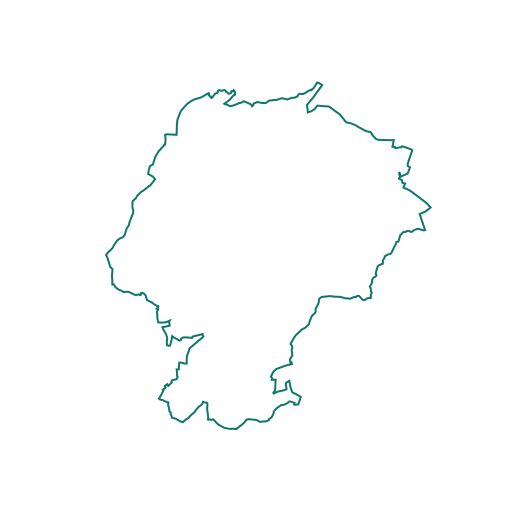 the district of Hoparta, Alba, Romania, rotated 298°
{"feature_id": "2599482B78204466133133", "entity_name": "Hoparta", "entity_type": "district", "adm_level": 2, "iso_a3": "ROU", "parent_name": "Romania", "parent_adm1": "Alba", "projection": "natural_earth1", "projection_center": [23.904, 46.328], "detail": "fine", "context": "isolated", "style": "outline", "palette": "teal", "viewbox_px": 512, "rotation_deg": 298, "n_neighbors": 0, "source": "geoboundaries", "source_scale": "gbopen_adm2", "svg_char_len": 6118}
<svg xmlns="http://www.w3.org/2000/svg" viewBox="0 0 512 512"><g transform="rotate(298 256 256)"><path d="M418.0,288.6L417.9,287.0L418.2,281.3L417.8,279.9L417.9,278.4L417.3,275.8L416.6,274.0L416.6,272.2L417.0,271.7L417.0,271.1L418.4,268.4L419.4,265.6L420.4,263.7L421.1,258.1L422.2,251.2L422.1,250.0L417.5,239.5L413.1,238.8L409.8,236.9L407.2,234.4L413.3,230.1L422.2,232.0L438.0,234.2L438.2,229.8L437.9,228.5L431.0,228.1L430.2,227.4L428.3,227.1L428.2,226.1L426.0,224.5L423.8,223.5L421.2,221.5L419.6,218.3L418.3,217.6L416.1,217.5L413.6,215.4L412.5,213.3L409.0,210.3L407.5,204.8L402.9,200.3L402.4,199.3L402.3,198.5L400.9,197.2L399.9,195.2L398.4,194.1L395.6,192.8L394.2,190.2L392.5,184.8L389.7,182.5L386.5,182.5L386.3,182.3L387.3,180.8L387.5,179.7L386.9,172.4L385.5,171.9L383.5,170.0L383.2,169.2L382.3,168.8L378.8,165.9L377.0,163.9L376.0,162.2L376.1,160.3L375.6,156.6L381.3,159.4L386.4,160.5L387.6,161.0L388.3,161.7L389.0,161.6L389.5,161.0L390.3,161.0L390.9,160.5L391.0,159.6L391.7,159.1L392.0,158.5L390.4,158.0L390.4,157.3L389.9,156.9L388.7,157.3L387.8,157.3L387.4,157.0L386.9,156.0L386.4,155.6L387.0,153.1L386.9,152.3L387.7,151.4L387.7,150.2L385.7,148.0L385.4,147.4L385.3,146.0L385.1,145.5L383.8,144.8L382.6,145.4L381.5,145.0L380.2,143.7L375.2,142.9L374.7,142.6L374.8,142.2L375.6,141.7L375.1,140.7L375.9,139.4L375.9,139.0L376.3,139.0L377.6,137.8L377.4,137.6L370.0,132.9L365.3,128.0L361.8,125.7L357.6,123.7L350.3,121.9L348.2,121.6L339.3,122.7L334.2,124.8L325.7,129.0L321.7,120.3L320.3,118.8L316.8,121.3L311.8,123.4L311.5,122.9L310.1,122.8L302.9,120.9L296.3,120.5L288.8,121.9L288.2,121.9L285.8,120.3L285.2,120.2L281.4,121.0L277.8,122.3L277.7,127.6L276.5,130.7L276.0,130.8L268.5,129.5L267.7,128.7L263.3,127.0L258.0,124.2L253.8,122.9L250.2,122.7L246.7,121.4L245.3,121.8L240.9,124.1L238.5,126.2L236.5,127.3L226.7,128.4L223.6,129.3L219.6,128.9L212.9,130.2L209.9,129.6L208.1,127.9L205.7,126.6L203.6,126.0L199.1,125.6L195.9,125.6L192.9,124.8L190.0,123.7L186.5,123.2L184.2,126.3L183.5,126.8L178.0,132.5L177.7,132.8L177.4,134.5L176.8,135.6L170.9,138.1L167.0,140.6L163.4,142.5L164.1,143.7L163.7,144.7L162.8,145.8L162.1,148.6L161.8,150.8L162.3,154.0L162.0,155.0L162.0,156.2L164.1,159.2L164.5,160.3L164.8,166.5L165.0,167.8L165.4,168.8L166.3,169.5L167.1,170.5L167.0,172.0L167.4,172.4L167.9,172.5L168.9,172.0L169.4,172.0L170.0,172.9L170.3,174.4L169.3,177.1L166.1,180.3L165.9,180.8L166.1,185.9L165.5,189.0L165.4,192.1L165.9,192.9L165.6,193.5L164.7,193.6L162.8,193.1L163.0,194.7L160.4,194.7L159.6,195.0L157.2,196.9L155.9,197.3L154.4,198.4L151.5,200.8L152.8,203.8L154.7,206.9L156.0,208.3L158.4,210.1L157.8,210.1L156.3,210.8L153.9,212.5L149.2,206.8L147.9,208.2L144.8,213.1L142.6,215.5L141.7,216.2L137.9,217.7L135.5,219.4L135.7,221.0L136.6,222.2L142.0,220.9L145.9,219.6L145.5,221.7L145.5,228.2L145.9,228.7L146.7,229.1L148.0,228.7L150.0,230.1L151.8,233.4L153.4,237.4L154.0,238.2L155.1,237.8L162.0,245.6L160.9,246.2L160.3,247.2L159.4,247.2L144.6,241.2L142.9,240.7L141.7,241.1L135.3,242.0L133.3,242.8L128.5,245.3L127.3,242.9L126.7,239.6L125.7,238.3L119.6,241.0L118.6,239.2L114.7,241.8L113.2,242.5L112.4,243.6L110.5,243.7L109.7,243.5L107.2,240.6L106.4,240.1L105.4,240.3L104.7,241.0L100.1,239.5L101.2,237.9L98.3,236.5L97.2,238.0L94.2,236.5L93.7,237.4L88.1,237.5L84.4,237.3L84.3,239.0L85.0,241.2L85.1,245.1L85.6,247.3L82.5,248.8L81.2,250.4L78.3,252.4L78.0,252.9L78.0,253.6L77.8,254.0L76.1,255.1L75.2,256.5L73.8,257.5L74.7,261.7L74.4,266.3L74.7,269.3L78.4,270.7L81.1,272.3L85.3,273.4L88.7,274.9L93.6,275.6L96.0,276.2L98.6,277.6L100.2,277.9L102.5,277.7L102.5,279.2L103.3,281.3L103.1,282.2L101.1,283.3L98.4,284.4L92.2,288.8L90.0,290.1L89.1,290.2L89.0,290.4L90.0,292.0L90.2,293.2L91.5,294.7L91.7,295.1L89.8,300.4L89.5,301.9L89.4,307.4L89.5,309.0L90.4,312.1L91.4,314.9L92.5,316.2L94.0,320.1L95.1,320.2L99.1,322.2L103.5,323.9L107.1,324.4L108.7,326.6L111.2,332.7L111.5,334.2L111.4,337.4L113.6,340.5L114.1,341.8L116.9,344.4L117.9,344.0L120.7,345.5L125.1,345.5L126.8,344.7L131.1,345.6L136.1,348.2L137.6,350.3L139.0,351.5L141.1,353.0L142.0,353.1L143.2,353.8L143.7,354.5L144.4,358.9L143.0,359.2L142.7,359.6L143.0,360.3L144.9,363.0L152.6,361.7L152.8,355.1L152.7,352.9L152.8,351.8L156.8,347.6L161.4,344.1L160.4,343.3L157.9,342.0L155.6,343.4L153.0,345.4L152.5,345.5L149.3,342.3L146.7,339.1L142.9,336.2L143.1,335.7L143.6,335.5L145.7,335.8L147.6,335.4L156.0,331.4L154.1,328.1L155.5,327.8L156.5,325.8L162.2,325.7L165.7,326.9L173.7,334.2L177.4,338.4L178.8,337.2L178.2,336.3L180.6,334.5L182.8,334.5L185.1,334.9L189.9,331.5L191.7,331.3L193.1,330.4L194.0,329.3L194.2,328.1L195.7,327.8L201.6,327.9L206.0,328.6L206.4,329.0L212.7,331.0L215.6,333.1L220.1,334.7L221.6,334.5L223.8,334.0L228.7,333.5L230.3,333.7L233.0,334.8L234.3,334.9L235.3,334.6L236.9,333.5L243.4,333.4L245.3,332.9L247.0,332.0L248.3,332.1L249.4,332.5L250.9,333.5L255.4,340.3L257.5,345.6L259.5,349.5L260.5,354.3L262.3,358.7L262.8,359.5L265.5,361.5L266.5,363.1L267.3,363.8L268.2,364.1L269.1,365.7L267.4,370.8L268.0,372.5L269.0,373.2L270.5,373.8L272.3,375.8L272.7,377.1L275.2,375.9L278.1,375.3L278.6,374.3L281.5,372.3L282.5,370.8L284.4,371.1L287.1,370.9L289.3,369.8L290.9,369.7L292.3,369.9L293.5,371.0L295.4,371.5L296.8,370.0L297.5,369.7L302.6,368.5L304.6,368.5L305.2,368.8L307.5,370.4L308.7,371.6L311.7,370.1L315.2,370.3L316.1,369.8L319.2,371.7L320.9,373.6L321.9,374.1L328.5,373.8L331.6,373.9L334.4,373.4L335.5,374.9L336.0,374.9L342.4,373.6L343.8,374.3L345.0,374.3L346.8,375.2L346.9,376.3L348.7,377.5L349.6,378.4L350.3,382.2L353.0,383.4L355.6,385.5L356.5,387.3L356.9,390.7L357.2,391.7L358.2,393.2L369.9,380.8L374.6,384.6L380.8,387.4L382.6,382.4L383.1,380.1L385.7,363.8L386.1,360.5L385.6,354.1L390.0,353.6L389.4,350.8L390.0,350.5L391.5,349.1L391.4,346.1L391.7,345.8L393.4,346.1L396.4,343.4L396.9,343.7L394.1,346.6L400.0,351.2L406.5,350.4L406.8,347.8L407.4,347.1L411.1,346.2L422.8,344.3L422.9,342.3L421.7,334.1L420.9,333.1L420.2,333.2L417.8,329.7L416.6,328.5L416.9,328.0L417.4,327.7L417.1,326.6L416.5,325.2L423.0,323.3L420.3,318.3L416.1,309.6L415.7,307.0L417.2,302.6L417.9,301.1L418.6,300.4L419.2,298.6L418.7,297.6L417.9,294.0L417.9,290.4L418.0,288.6Z" fill="none" stroke="#0f766e" stroke-width="2"/></g></svg>